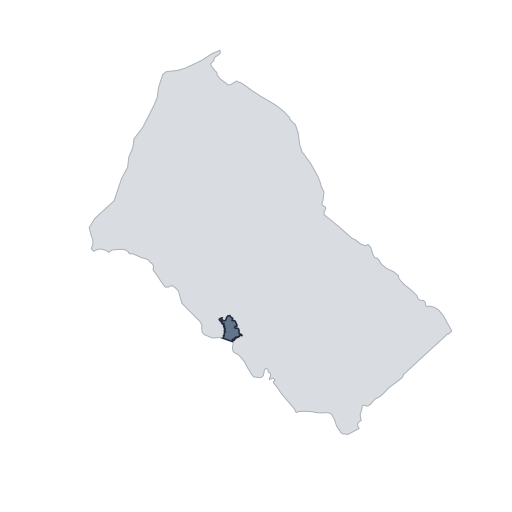 Nkwanta North, Volta, Ghana (highlighted), rotated 138°
{"feature_id": "2480657B6503151283934", "entity_name": "Nkwanta North", "entity_type": "district", "adm_level": 2, "iso_a3": "GHA", "parent_name": "Ghana", "parent_adm1": "Volta", "projection": "natural_earth1", "projection_center": [0.278, 8.552], "detail": "fine", "context": "in_parent", "style": "filled", "palette": "slate", "viewbox_px": 512, "rotation_deg": 138, "n_neighbors": 0, "source": "geoboundaries", "source_scale": "gbopen_adm2", "svg_char_len": 6552}
<svg xmlns="http://www.w3.org/2000/svg" viewBox="0 0 512 512"><g transform="rotate(138 256 256)"><path d="M307.0,61.9L310.4,65.6L311.1,67.8L309.9,75.7L307.4,81.3L305.9,86.6L306.1,89.2L307.6,91.8L312.7,95.9L315.4,98.6L318.5,102.7L322.1,106.6L328.2,111.8L330.8,112.7L330.7,114.1L329.8,116.1L329.3,135.3L328.8,140.3L328.3,142.8L327.8,149.9L327.1,151.0L326.0,150.9L324.9,151.1L324.6,152.6L325.1,154.0L328.8,155.1L328.0,156.2L325.2,157.1L323.9,159.3L324.5,161.8L323.0,163.7L323.4,165.1L324.4,166.0L325.9,165.7L330.3,162.4L332.1,162.0L334.3,162.7L338.5,167.7L338.6,170.2L337.0,178.7L335.3,185.2L335.0,193.9L336.8,198.8L336.5,201.4L334.6,203.8L330.4,207.1L330.7,209.4L332.6,213.7L336.2,218.5L343.3,224.3L347.0,232.0L347.1,235.2L344.9,238.3L342.4,241.0L341.5,244.9L342.7,270.6L337.1,281.8L337.1,285.0L337.6,288.7L339.1,290.9L342.0,291.5L344.3,293.7L343.5,301.5L342.2,309.5L342.0,313.4L341.3,315.2L339.1,316.7L338.3,319.2L338.9,322.4L338.5,324.7L339.7,327.6L342.2,331.4L346.3,340.6L347.9,341.3L348.6,343.2L348.1,345.1L349.7,349.2L354.3,353.3L359.0,356.8L362.9,357.3L363.8,360.5L366.3,364.6L368.2,366.3L371.1,367.5L373.5,368.1L373.6,371.5L369.3,373.9L366.4,377.4L364.1,382.8L361.0,388.7L350.3,391.8L346.3,391.8L324.4,392.0L303.9,403.6L292.0,407.8L284.8,414.3L275.0,419.0L268.2,424.7L254.0,427.4L230.8,436.3L223.5,439.8L216.2,446.0L204.2,453.2L199.5,453.1L190.1,446.4L183.1,443.0L165.9,437.8L153.0,435.8L146.8,433.5L145.1,433.2L146.6,430.7L150.2,430.6L153.9,431.3L156.8,429.4L161.0,429.2L162.1,427.3L162.4,422.4L162.4,418.4L163.8,416.6L164.2,412.0L162.2,401.7L160.7,400.5L153.2,399.0L152.7,397.0L151.3,394.8L149.9,389.5L148.3,381.6L145.7,371.8L140.6,355.6L139.4,349.9L138.6,344.1L138.4,337.1L139.4,334.5L139.3,330.9L138.8,327.3L142.4,319.1L149.4,309.0L150.8,305.4L152.1,302.9L152.3,299.2L153.6,287.5L156.9,273.3L159.0,267.9L160.5,265.0L162.2,260.3L162.6,258.1L169.0,252.5L172.0,251.0L172.7,248.8L171.7,246.4L172.1,244.8L173.6,244.0L176.0,243.3L177.7,241.0L175.0,223.5L172.9,206.1L172.8,204.6L171.5,202.2L170.2,195.0L168.1,190.7L165.0,189.5L165.1,185.5L168.1,178.8L168.9,174.9L167.5,173.7L167.3,170.6L168.3,165.7L167.8,162.6L167.3,159.4L164.1,151.8L163.4,146.3L165.0,143.2L165.0,136.2L163.3,125.6L163.0,118.8L164.2,116.0L163.6,113.3L161.3,110.8L161.2,108.3L163.1,105.9L162.9,104.0L160.5,102.7L158.3,99.4L156.4,94.2L156.8,85.8L160.5,70.4L160.9,69.2L165.1,69.2L165.1,69.9L177.9,69.7L192.6,69.6L210.1,69.4L226.0,69.2L226.7,68.5L229.3,67.7L245.4,69.2L255.5,68.4L259.8,68.9L262.9,70.0L269.8,69.3L273.5,69.7L276.3,73.6L277.5,73.5L279.0,71.9L281.8,70.1L284.6,68.6L286.6,65.6L287.9,63.3L289.7,63.8L292.4,63.6L294.1,61.7L294.8,58.8L307.0,61.9Z" fill="#d9dde1" stroke="#a8b0b8" stroke-width="1"/><path d="M315.0,221.5L315.3,222.0L315.6,223.0L316.6,223.5L317.0,224.0L316.8,224.2L316.2,224.6L315.6,224.8L315.4,225.0L315.1,225.4L314.9,225.5L315.0,225.7L315.2,226.0L315.4,226.5L315.4,226.8L315.5,227.6L315.5,228.1L315.2,229.1L316.2,229.9L317.2,230.3L317.7,230.1L318.5,230.1L319.4,229.8L320.3,229.2L321.6,228.6L322.4,228.8L323.0,229.4L323.6,230.1L323.6,231.3L323.5,232.1L323.1,232.7L322.7,232.8L323.4,233.3L324.5,233.4L325.1,233.4L325.6,233.7L325.9,233.3L325.7,232.8L326.0,232.6L326.0,232.4L325.6,232.3L325.3,231.8L325.3,231.5L325.7,231.7L325.8,231.5L326.0,231.4L325.9,231.2L325.7,231.0L325.7,230.9L325.7,230.7L325.8,230.5L325.8,230.3L325.8,230.2L326.0,229.9L325.9,229.9L325.7,229.8L325.4,229.8L325.3,229.7L325.5,229.5L325.5,229.4L325.7,229.0L325.6,228.7L325.8,228.5L325.8,228.3L326.0,228.3L326.3,228.4L326.5,228.3L326.5,228.2L326.4,228.0L325.9,227.8L325.8,227.7L325.7,227.5L325.5,227.4L325.8,227.3L325.8,227.2L325.7,227.1L325.6,226.9L325.9,226.8L326.0,226.8L326.0,226.7L325.9,226.6L325.9,226.3L325.9,226.2L326.0,226.1L326.3,226.3L326.4,226.1L326.3,225.9L326.2,225.8L326.2,225.7L326.3,225.7L326.5,225.6L326.8,225.6L326.8,225.4L326.6,225.3L326.6,225.2L326.9,225.1L326.7,224.9L326.6,224.7L326.6,224.3L326.7,224.2L326.9,224.2L327.0,224.3L327.1,224.2L327.4,224.1L327.3,223.8L327.4,223.7L327.5,223.7L327.7,223.8L327.8,223.8L327.8,223.7L327.6,223.6L327.6,223.4L327.5,223.5L327.5,223.4L327.6,223.1L327.4,223.0L327.4,222.9L327.4,222.7L327.5,222.6L328.0,222.6L328.3,222.3L328.5,222.2L328.6,222.3L328.7,222.2L328.8,222.1L328.7,221.9L328.8,221.8L329.2,221.8L329.5,221.5L329.8,221.5L329.8,221.4L329.7,221.3L329.7,221.2L329.6,220.9L329.8,221.0L330.0,220.9L330.1,220.7L330.1,220.3L330.2,220.2L330.3,220.0L330.4,219.9L330.8,219.9L331.1,219.9L331.2,219.7L331.3,219.7L331.8,219.4L332.0,219.3L332.0,219.2L332.4,218.7L332.5,218.5L332.6,218.4L332.8,218.4L332.7,218.3L332.8,218.2L333.0,218.0L333.3,218.0L333.5,217.9L333.7,217.7L333.8,217.7L333.9,217.8L334.1,217.8L334.3,217.7L334.6,217.4L334.7,217.1L334.9,217.0L335.1,217.0L335.4,216.9L335.6,217.0L334.0,214.0L330.9,208.3L330.7,208.5L330.4,208.6L330.2,208.5L329.9,208.4L329.7,208.3L329.3,208.2L329.2,208.3L329.0,208.2L329.0,208.3L328.9,208.3L329.0,208.4L329.0,208.5L329.3,208.7L329.3,208.8L329.4,209.1L329.5,209.1L329.7,209.4L329.7,209.5L329.2,209.6L328.9,209.6L328.8,209.3L328.8,209.1L328.7,209.0L328.5,208.9L328.3,208.9L328.1,208.9L327.9,209.0L327.7,209.0L327.6,208.8L327.3,208.7L327.2,208.7L327.1,208.9L326.9,209.0L326.6,209.2L326.5,208.9L326.4,208.6L326.4,208.2L326.2,208.2L326.1,208.4L326.1,208.5L326.0,208.8L325.9,208.7L325.8,208.8L325.7,209.0L325.6,209.3L325.4,209.2L324.9,208.9L324.8,208.7L324.9,208.4L324.6,208.3L324.5,208.2L324.4,208.0L324.3,207.9L324.2,207.9L323.9,208.0L323.7,208.3L323.5,208.2L323.4,208.1L323.3,207.8L323.3,207.6L323.2,207.6L322.9,207.5L322.7,207.6L322.3,207.7L322.2,207.6L322.0,207.4L321.8,207.5L321.6,207.6L321.4,207.7L321.4,207.8L321.2,208.0L320.7,208.1L320.6,207.9L320.6,208.1L320.5,208.3L320.4,208.3L320.2,208.1L320.2,207.9L320.2,207.6L320.2,207.3L320.2,207.1L320.2,206.9L319.9,206.8L319.7,206.8L319.6,206.7L319.8,206.5L319.9,206.4L319.7,206.2L319.4,206.4L319.4,206.5L319.4,207.0L319.4,207.3L319.6,207.9L319.7,208.1L319.9,208.6L320.3,209.4L320.3,209.7L320.2,210.1L320.1,210.3L319.8,210.5L319.5,210.7L319.1,211.3L318.8,211.6L318.6,211.8L318.4,212.0L318.3,212.3L318.1,212.5L317.8,213.3L317.8,213.6L317.9,214.0L317.9,214.4L318.1,214.7L318.4,215.1L318.7,215.4L318.8,215.5L319.3,215.8L319.6,215.9L319.6,216.0L319.7,216.3L319.8,216.4L319.7,216.9L319.7,217.2L319.6,217.3L319.4,217.3L318.8,217.6L318.6,217.7L318.4,217.6L318.2,217.3L318.0,217.1L317.8,216.9L317.5,216.7L317.4,216.6L317.2,216.8L316.8,217.0L316.5,217.1L316.3,217.5L316.0,218.6L315.9,218.8L315.8,219.1L315.7,219.5L315.7,219.8L315.6,220.0L315.4,220.3L315.2,220.8L315.1,221.1L315.0,221.4L315.0,221.5Z" fill="#64748b" stroke="#1e293b" stroke-width="1.5"/></g></svg>